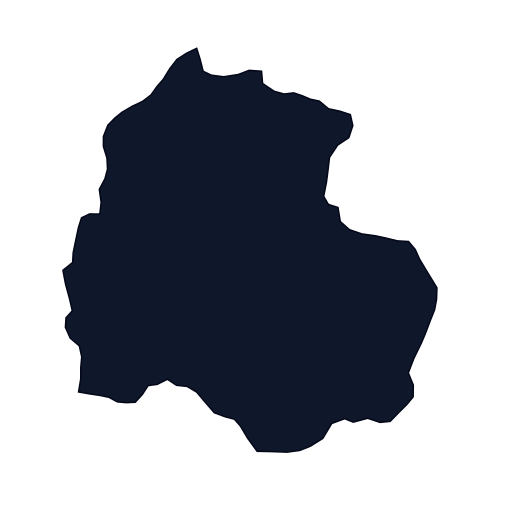 the district of Martins Soares, Minas Gerais, Brazil, rotated 12°
{"feature_id": "56859067B78422669955960", "entity_name": "Martins Soares", "entity_type": "district", "adm_level": 2, "iso_a3": "BRA", "parent_name": "Brazil", "parent_adm1": "Minas Gerais", "projection": "robinson", "projection_center": [-41.844, -20.255], "detail": "fine", "context": "isolated", "style": "filled", "palette": "ink", "viewbox_px": 512, "rotation_deg": 12, "n_neighbors": 0, "source": "geoboundaries", "source_scale": "gbopen_adm2", "svg_char_len": 1552}
<svg xmlns="http://www.w3.org/2000/svg" viewBox="0 0 512 512"><g transform="rotate(12 256 256)"><path d="M154.8,65.2L146.0,72.0L137.8,80.1L132.7,90.7L128.6,102.3L123.9,110.8L119.8,120.3L112.8,128.4L103.6,135.4L95.0,143.3L89.3,150.3L83.9,158.8L81.9,170.8L83.9,180.5L89.8,191.1L92.7,201.9L92.2,211.8L88.9,223.4L93.4,235.8L94.5,247.4L84.4,249.5L77.4,254.9L76.4,265.0L76.4,280.3L76.5,290.9L78.0,300.4L70.1,310.1L75.5,323.0L82.5,336.6L87.7,347.8L83.0,355.9L84.4,365.4L91.3,374.9L101.9,380.7L106.5,390.9L107.8,401.5L110.1,412.6L110.7,425.9L121.6,425.5L132.7,424.8L141.4,424.8L150.7,427.5L159.3,426.5L168.3,424.2L173.7,414.9L177.4,405.2L186.1,402.1L194.9,395.0L205.1,399.0L215.7,397.9L226.3,401.5L235.8,408.9L247.8,418.0L259.5,419.7L268.7,420.1L276.0,425.5L285.7,436.0L297.7,446.8L311.9,444.1L327.2,441.4L339.2,437.1L348.9,430.6L359.3,420.5L364.9,404.1L376.6,396.7L385.7,398.3L399.0,391.5L411.9,393.0L421.6,389.9L428.4,379.1L434.6,369.6L439.0,361.1L436.7,349.5L429.3,338.7L431.7,323.4L435.8,307.0L437.8,296.7L439.9,283.0L441.9,271.4L441.6,260.7L439.6,249.5L433.1,242.6L424.5,233.5L416.6,225.0L410.5,216.6L402.2,210.1L391.1,211.8L378.4,211.4L368.7,211.4L354.8,212.4L341.9,210.8L331.3,204.8L326.1,191.5L316.1,190.5L309.8,183.6L309.6,169.4L308.7,158.2L307.4,144.3L312.8,130.6L322.2,120.9L323.6,108.3L318.9,98.1L308.2,96.9L296.3,96.9L285.7,91.3L276.4,91.3L267.8,89.6L259.0,88.6L249.8,91.7L239.6,91.1L226.6,85.9L223.0,74.1L210.7,75.8L200.8,82.2L187.1,87.4L174.6,88.4L165.9,86.3L160.4,75.1L154.8,65.2Z" fill="#0f172a" stroke="#020617" stroke-width="1.5"/></g></svg>